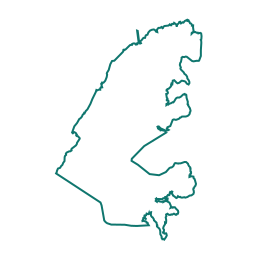 the district of Fanif, Federated States of Micronesia, rotated 2°
{"feature_id": "79324940B88858920972167", "entity_name": "Fanif", "entity_type": "district", "adm_level": 2, "iso_a3": "FSM", "parent_name": "Federated States of Micronesia", "parent_adm1": "", "projection": "robinson", "projection_center": [138.125, 9.563], "detail": "fine", "context": "isolated", "style": "outline", "palette": "teal", "viewbox_px": 256, "rotation_deg": 2, "n_neighbors": 0, "source": "geoboundaries", "source_scale": "gbopen_adm2", "svg_char_len": 5922}
<svg xmlns="http://www.w3.org/2000/svg" viewBox="0 0 256 256"><g transform="rotate(2 128 128)"><path d="M165.9,131.5L165.6,131.4L165.7,130.4L165.4,129.6L161.4,128.9L160.6,129.2L160.3,128.5L159.3,128.3L158.0,127.4L158.1,126.7L157.4,125.8L157.9,125.4L158.7,125.4L160.6,127.2L165.3,129.1L166.8,129.2L168.4,128.7L168.7,128.5L167.1,127.6L166.8,127.0L167.5,126.3L167.5,125.8L170.2,124.6L172.4,118.3L173.6,117.8L175.6,118.2L176.7,117.8L178.4,117.1L179.4,116.3L179.5,115.9L180.8,115.4L181.5,114.7L185.4,114.5L186.6,114.1L187.7,113.5L188.8,112.3L189.2,111.5L189.2,110.2L189.7,109.6L189.9,108.4L189.2,106.1L187.2,103.1L187.3,102.4L186.7,102.1L186.9,99.8L185.5,95.9L185.1,92.9L184.6,92.5L183.8,92.7L183.4,92.0L182.0,92.6L179.6,95.0L178.1,95.8L176.4,95.8L175.6,96.2L174.8,96.9L173.1,100.0L172.4,100.8L171.9,100.6L169.8,101.9L168.7,102.1L167.3,103.3L166.5,103.0L165.6,103.7L165.6,102.6L166.9,101.9L167.6,99.8L167.2,99.0L165.8,99.0L165.7,98.7L166.4,97.1L165.7,96.3L165.0,92.7L166.1,92.4L166.7,91.5L166.0,89.6L165.2,89.3L165.3,88.4L166.3,87.6L167.2,87.4L169.1,85.4L170.3,83.3L169.6,83.1L169.9,82.0L170.8,82.4L171.1,79.1L172.5,78.6L175.1,81.1L176.0,81.6L177.6,81.0L179.9,78.9L180.6,78.9L183.0,79.3L184.0,79.9L185.2,81.6L187.0,82.4L187.8,81.0L187.7,79.7L187.0,78.2L185.6,76.4L185.3,74.7L184.7,73.8L183.9,72.8L182.5,71.9L181.8,70.5L178.6,67.5L178.3,66.6L178.7,65.7L177.6,63.2L177.9,61.2L178.6,60.1L179.2,56.5L179.1,55.8L180.1,55.0L181.7,55.2L183.2,54.6L184.3,54.8L189.7,58.8L191.2,59.1L194.5,58.4L195.7,58.5L196.7,58.2L198.3,53.5L198.1,47.7L198.3,40.4L198.1,38.1L197.6,37.3L198.2,36.6L198.3,33.6L197.8,30.9L196.8,30.4L194.9,31.0L194.5,30.3L193.2,30.4L191.9,29.7L189.6,30.2L188.3,31.6L188.3,30.9L188.6,30.5L190.6,29.2L190.1,28.6L189.5,25.2L189.5,23.2L188.3,23.4L188.3,22.7L187.8,21.9L187.3,21.4L186.4,21.2L185.5,19.4L184.3,19.1L184.8,18.6L184.7,18.2L183.5,17.7L181.0,19.1L179.8,20.7L179.1,20.4L177.3,21.6L176.5,20.0L175.6,20.2L175.1,21.5L173.6,22.9L173.2,25.1L172.5,22.7L170.4,21.3L170.0,22.4L168.4,22.4L167.8,23.1L167.7,23.8L166.8,23.8L166.1,23.0L164.9,24.2L161.0,24.8L159.9,25.5L159.4,26.9L159.0,27.1L157.9,25.9L156.6,26.8L154.9,26.9L153.4,28.9L153.9,31.1L152.6,30.7L151.8,29.4L150.4,28.6L148.4,29.0L146.6,29.9L145.0,31.8L144.2,34.1L142.8,34.6L142.4,35.1L141.9,37.3L140.3,37.4L138.3,40.0L137.0,41.0L138.0,42.8L137.1,43.2L136.2,42.2L134.3,30.6L133.7,30.4L135.6,41.8L134.8,43.3L134.5,42.9L134.1,43.0L133.7,44.2L133.0,44.4L131.9,43.3L130.3,43.3L129.2,44.0L129.1,44.5L128.7,44.3L128.2,44.9L127.1,45.1L123.0,49.4L121.8,50.2L121.3,49.8L120.7,50.0L120.5,51.7L120.1,52.3L112.0,61.2L109.7,61.6L108.1,64.9L106.7,70.7L105.1,73.5L104.9,74.5L105.3,75.3L104.9,78.0L103.6,81.6L102.0,83.5L101.1,83.9L100.5,83.5L99.7,84.8L100.3,85.3L100.0,86.0L100.8,88.3L100.4,88.4L100.0,88.0L99.4,88.3L98.8,89.5L98.9,90.7L97.4,90.7L96.0,91.5L95.1,91.1L94.5,93.3L91.4,100.2L89.6,105.2L86.8,110.8L85.2,112.5L84.1,114.8L83.6,114.5L83.1,115.6L82.3,116.3L81.5,118.3L80.2,119.9L79.0,120.7L76.9,124.8L74.3,128.2L72.3,134.5L73.1,135.2L74.4,134.0L75.9,134.7L77.0,136.3L76.5,136.7L76.5,137.3L77.2,137.9L78.3,138.0L80.1,139.9L80.0,140.6L77.6,144.5L77.4,145.8L76.6,147.2L72.6,150.5L72.1,151.3L72.4,152.4L71.2,153.3L70.0,153.4L67.5,154.7L66.8,155.8L67.1,157.0L66.1,158.0L65.7,159.3L65.7,163.3L64.5,165.0L63.7,167.2L62.4,168.5L61.6,170.1L59.4,171.0L58.4,173.6L58.4,174.4L57.7,175.9L103.1,203.4L104.3,206.3L107.5,221.3L109.0,222.9L110.5,223.9L114.6,225.1L128.1,224.8L134.6,225.6L140.2,225.6L152.1,224.5L151.1,222.9L150.9,222.1L149.9,222.0L149.8,221.3L149.1,220.8L147.1,220.4L146.7,220.0L145.7,220.5L145.6,220.1L146.3,218.9L146.4,217.4L146.7,217.3L147.2,217.7L147.9,217.5L148.9,218.3L149.0,218.1L147.5,216.4L147.4,215.5L147.5,215.2L148.0,215.7L148.8,214.6L149.2,214.5L149.6,212.9L151.4,213.4L151.7,213.3L152.0,212.3L152.2,213.0L153.3,212.9L153.6,211.5L154.0,211.4L153.8,213.5L154.1,214.9L155.0,216.1L155.8,216.5L157.0,218.3L157.2,219.4L159.8,221.6L160.0,222.9L160.7,224.1L160.3,224.5L160.4,225.4L162.8,227.4L163.3,228.3L163.8,229.7L164.0,233.0L165.4,235.3L165.4,236.6L166.2,237.9L166.8,237.5L168.1,238.3L169.6,236.0L170.5,234.1L170.1,232.5L169.7,231.9L168.1,232.3L167.5,231.4L166.8,231.5L166.6,231.0L167.4,230.6L167.5,229.5L167.5,228.3L166.7,227.3L166.7,226.6L167.1,225.1L168.4,222.8L168.3,221.5L168.8,221.9L169.2,221.7L169.4,220.7L169.4,218.7L168.8,215.9L169.4,214.9L169.1,213.1L170.4,212.3L172.0,213.4L173.5,213.3L174.2,212.8L175.0,213.1L176.9,212.0L178.8,213.1L179.4,213.0L179.6,212.3L180.9,211.9L181.2,210.3L180.8,208.8L178.4,206.6L177.8,205.7L176.6,205.5L175.6,206.1L175.0,205.6L173.4,206.3L173.8,205.2L173.3,203.8L172.0,201.1L170.1,200.2L170.0,199.3L168.9,199.0L168.5,199.7L167.5,199.8L166.0,200.7L166.0,200.0L164.1,200.6L162.1,200.3L161.3,199.8L160.1,200.3L159.5,200.1L159.4,200.7L158.2,199.9L158.9,198.2L158.9,197.9L158.5,197.7L158.8,197.4L159.1,197.9L164.7,197.9L165.7,196.9L166.9,197.2L167.4,196.6L167.5,195.7L168.6,195.5L168.5,197.9L170.0,198.2L170.1,197.1L169.0,197.0L169.0,195.3L170.2,193.6L171.2,193.8L171.7,193.5L171.8,192.3L172.9,191.8L172.8,191.2L172.2,190.8L172.4,190.4L172.9,190.5L173.5,191.5L174.0,191.5L174.2,190.0L174.5,190.1L174.0,192.0L175.0,192.9L175.3,193.9L176.8,194.8L178.7,196.3L179.5,195.9L180.3,194.4L181.6,195.3L182.6,195.0L183.4,195.6L184.4,195.7L186.8,195.2L187.6,195.6L189.8,194.9L191.9,193.4L193.8,193.1L195.7,191.6L196.1,190.0L195.8,188.1L195.4,187.4L195.5,186.0L196.1,185.6L196.6,184.2L197.4,183.4L197.9,181.5L196.7,177.7L196.2,176.5L195.4,176.0L195.1,174.3L193.0,174.0L191.1,174.8L191.1,173.0L191.7,172.7L192.4,171.5L192.1,171.2L192.6,170.7L192.5,169.6L191.9,169.0L191.9,167.2L191.6,166.7L191.9,166.4L191.6,165.2L190.4,164.1L189.5,162.6L189.2,161.6L187.3,160.0L185.7,160.0L181.8,161.5L179.7,161.6L179.5,161.8L176.7,161.4L175.9,161.7L174.6,164.6L173.0,165.9L171.9,166.0L170.7,166.7L167.4,170.7L160.7,174.1L151.2,173.3L139.2,164.4L132.7,160.7L132.7,160.4L132.9,158.6L144.8,145.5L165.9,131.5Z" fill="none" stroke="#0f766e" stroke-width="2"/></g></svg>